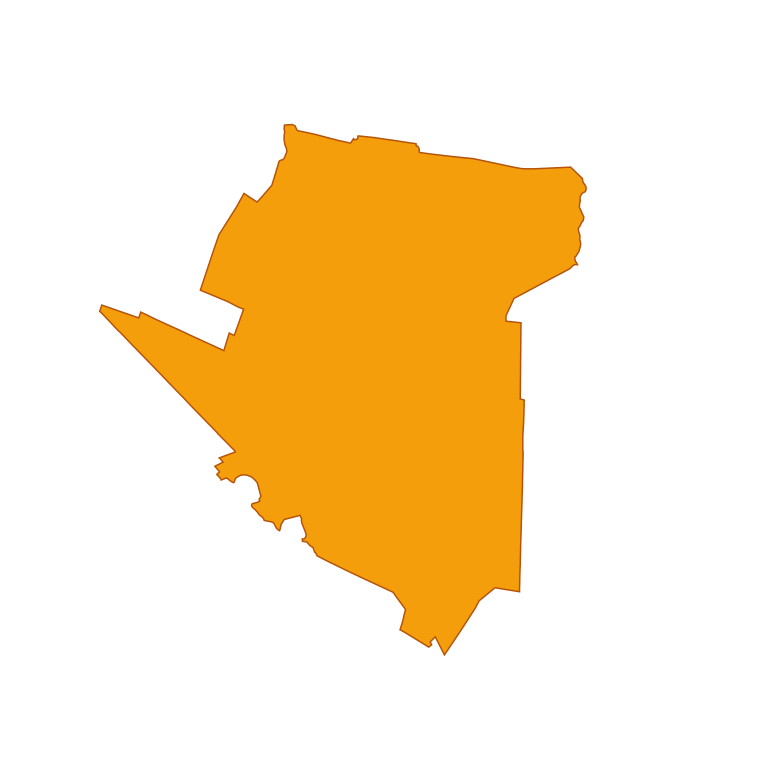 Finta, Dâmbovita, Romania, rotated 73°
{"feature_id": "2599482B9190756992949", "entity_name": "Finta", "entity_type": "district", "adm_level": 2, "iso_a3": "ROU", "parent_name": "Romania", "parent_adm1": "Dâmbovita", "projection": "robinson", "projection_center": [25.777, 44.797], "detail": "fine", "context": "isolated", "style": "filled", "palette": "amber", "viewbox_px": 768, "rotation_deg": 73, "n_neighbors": 0, "source": "geoboundaries", "source_scale": "gbopen_adm2", "svg_char_len": 5150}
<svg xmlns="http://www.w3.org/2000/svg" viewBox="0 0 768 768"><g transform="rotate(73 384 384)"><path d="M479.5,538.4L481.2,535.2L482.4,532.9L483.8,530.7L486.0,529.8L489.9,529.2L492.3,528.1L493.7,526.7L492.3,525.7L491.1,525.2L490.1,524.4L488.1,523.4L484.4,519.0L485.1,502.7L487.7,502.4L488.4,502.0L490.2,502.9L493.3,503.2L501.9,502.5L505.6,502.5L507.7,503.8L508.8,505.7L508.3,507.5L508.8,507.5L510.6,508.0L512.5,504.0L516.6,502.2L519.8,499.7L522.8,499.6L524.7,499.4L525.5,498.7L528.8,498.2L536.0,490.8L539.5,487.1L540.1,486.4L544.1,482.1L552.2,473.5L563.5,461.1L568.3,455.7L585.8,436.2L590.2,434.8L606.0,429.3L611.0,432.5L615.6,435.0L616.7,435.7L623.7,440.5L623.9,440.2L627.9,436.5L629.9,434.7L648.7,418.1L647.5,415.2L647.4,414.7L645.1,415.0L644.3,415.1L644.1,415.2L641.4,410.1L640.8,408.9L660.7,405.4L642.5,383.0L624.9,362.1L619.1,356.4L611.3,337.4L622.3,315.1L619.8,314.4L614.3,312.5L613.8,312.4L612.9,312.0L611.4,311.6L602.4,308.6L599.0,307.4L598.4,307.2L597.1,306.7L592.1,305.1L591.6,304.9L581.0,301.4L572.2,298.5L568.4,297.1L566.6,296.6L566.2,296.4L563.2,295.4L562.5,295.1L554.3,292.4L553.8,292.2L534.0,285.5L528.8,283.8L528.4,283.6L528.0,283.4L527.9,283.5L526.8,283.0L525.3,282.6L522.9,281.7L520.5,281.0L506.7,276.4L504.8,275.8L498.7,273.8L498.2,273.7L497.8,273.5L496.6,273.0L496.3,273.0L495.0,272.5L494.3,272.3L494.0,272.2L492.4,271.7L491.4,271.3L490.9,271.2L486.8,270.3L475.1,266.7L469.6,264.7L464.2,262.7L461.9,261.8L460.6,261.4L454.8,259.4L444.0,255.8L442.8,255.5L442.1,255.2L440.5,254.6L440.1,254.9L438.1,258.1L431.3,255.9L408.5,248.7L365.5,235.1L359.6,249.0L354.4,247.4L345.7,239.6L340.2,234.7L339.4,230.7L331.3,189.5L328.1,172.7L326.5,169.7L325.5,167.2L325.9,165.6L326.5,164.1L323.8,164.6L322.9,165.0L320.2,165.0L318.3,164.2L317.7,162.8L316.1,161.0L313.6,158.3L309.0,155.6L308.6,155.5L307.4,154.9L305.7,154.7L302.3,154.4L300.2,153.4L298.0,153.2L294.9,153.3L292.7,152.8L290.9,151.7L290.5,150.6L289.6,150.0L288.9,149.2L286.8,147.3L286.0,145.7L282.8,144.1L279.9,144.5L273.8,145.2L272.5,145.6L268.1,144.0L266.5,142.8L263.3,142.2L261.2,140.7L259.6,138.8L258.9,135.4L257.7,134.2L255.2,133.3L253.1,133.4L250.4,134.3L248.6,134.7L245.5,134.2L231.2,142.1L222.3,176.8L220.1,184.1L218.5,188.8L217.9,190.2L214.9,196.0L208.5,207.6L199.9,223.1L194.6,232.7L191.2,240.9L185.7,253.9L182.5,261.2L179.8,267.3L177.7,272.1L172.9,282.5L171.4,282.1L170.2,281.7L169.4,281.7L169.0,281.7L168.5,281.7L167.2,282.0L166.4,282.4L166.1,283.2L165.3,283.4L164.5,283.4L163.7,283.1L162.2,285.9L161.2,288.3L157.7,295.5L154.0,303.2L152.4,306.7L149.0,313.9L145.8,320.6L145.1,322.2L139.2,336.1L139.5,336.4L139.9,336.7L140.3,336.9L140.9,337.1L141.3,337.2L141.5,337.5L141.7,337.8L141.8,338.2L142.0,338.7L142.0,339.3L141.9,339.9L141.8,340.3L141.8,340.9L141.5,341.2L140.5,341.4L140.8,341.8L141.5,342.7L142.1,343.4L142.6,344.0L142.9,344.3L143.7,345.3L143.8,345.5L143.7,346.0L140.7,351.1L140.2,352.0L138.2,355.7L138.1,356.1L136.1,359.0L133.0,364.3L132.5,364.8L132.4,365.3L131.7,366.3L130.0,369.0L129.7,369.5L129.5,369.9L128.8,371.0L127.2,373.5L125.8,375.8L123.8,379.3L121.2,383.9L116.8,391.9L116.3,392.7L115.6,393.0L115.0,393.2L114.3,393.2L113.4,393.3L111.2,393.5L109.0,396.0L107.3,403.5L109.5,404.4L110.9,405.0L113.8,405.2L115.5,406.0L116.7,406.7L119.3,407.5L120.5,408.0L125.2,408.7L127.6,408.7L129.7,408.5L132.4,408.6L134.4,409.7L136.4,411.4L137.9,412.5L139.3,413.9L139.9,415.6L139.8,416.5L139.9,418.3L140.6,419.4L146.7,423.4L146.8,423.5L149.6,425.3L161.1,433.1L169.1,445.7L172.9,452.2L166.9,457.2L160.8,462.2L171.4,473.1L193.0,498.2L210.1,510.6L240.6,532.2L259.4,509.5L267.9,500.8L271.4,496.4L275.9,499.7L293.4,512.7L293.8,513.1L290.0,517.1L305.3,527.4L291.4,543.0L288.7,546.1L279.9,555.9L277.9,558.1L277.4,558.6L275.6,560.6L262.3,575.6L257.2,581.4L252.9,586.1L248.9,590.3L244.1,595.6L249.1,599.2L226.0,630.8L231.5,634.7L232.0,634.3L232.7,633.8L237.6,631.3L249.1,625.6L250.7,624.9L255.9,622.2L257.0,621.5L261.8,619.0L270.6,614.6L271.2,614.3L295.7,601.7L305.3,596.8L318.2,590.2L318.4,590.2L318.8,590.0L319.6,589.6L320.1,589.3L323.2,587.7L333.6,582.4L340.3,578.9L341.9,578.2L352.3,573.0L368.7,564.5L371.1,563.3L374.6,561.4L378.3,559.6L381.4,558.0L382.4,557.6L383.6,557.1L384.0,556.8L386.8,555.4L393.0,552.1L398.6,549.2L400.6,548.2L402.9,547.0L403.8,546.5L404.3,546.3L404.7,546.3L405.1,546.2L405.6,546.1L405.8,551.5L406.1,555.6L406.2,558.0L406.3,559.4L406.4,560.3L406.5,563.1L411.6,560.7L412.4,564.7L412.5,565.5L413.2,569.8L419.6,567.0L419.9,567.0L420.1,567.1L421.3,569.9L421.7,570.3L422.1,570.2L423.4,569.4L425.6,568.4L426.5,568.0L427.5,567.8L428.2,567.8L428.1,567.1L427.8,562.9L428.0,562.3L428.4,561.5L431.6,559.4L433.5,557.7L434.2,557.1L434.3,556.7L434.3,556.3L433.1,555.3L431.8,554.3L430.6,553.0L430.4,552.5L430.0,551.1L429.9,550.9L429.4,547.7L429.7,544.9L431.3,541.4L433.3,538.9L435.0,537.2L438.6,535.2L441.4,534.1L445.9,534.2L451.5,534.4L453.9,534.6L454.7,534.3L455.2,534.4L456.1,535.2L457.5,537.0L458.4,537.2L459.3,536.9L459.8,537.3L460.2,540.1L460.0,543.1L459.9,544.9L460.6,545.8L462.3,546.2L464.3,545.4L466.5,544.0L469.9,542.3L472.3,541.7L473.8,540.7L475.8,539.3L477.4,538.6L478.0,538.5L479.0,538.5L479.5,538.4Z" fill="#f59e0b" stroke="#b45309" stroke-width="1.5"/></g></svg>